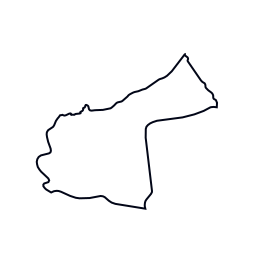 map outline of Sennar (Albers equal-area conic projection), rotated 295°
{"feature_id": "SDN-880", "entity_name": "Sennar", "entity_type": "Region", "adm_level": 1, "iso_a3": "SDN", "parent_name": "Sudan", "parent_adm1": "", "projection": "albers", "projection_center": [34.248, 12.985], "detail": "fine", "context": "isolated", "style": "outline", "palette": "ink", "viewbox_px": 256, "rotation_deg": 295, "n_neighbors": 0, "source": "natural_earth", "source_scale": "10m", "svg_char_len": 2327}
<svg xmlns="http://www.w3.org/2000/svg" viewBox="0 0 256 256"><g transform="rotate(295 128 128)"><path d="M190.6,194.1L190.5,195.3L190.4,195.9L188.5,198.0L184.3,199.7L183.3,196.7L182.0,194.5L181.5,193.9L175.5,189.4L168.4,182.4L160.7,173.0L146.8,151.2L143.8,148.0L141.5,146.1L139.1,144.8L137.0,144.2L134.7,144.5L126.7,148.1L81.0,176.4L79.9,176.8L78.0,176.7L70.9,174.9L69.2,174.7L67.7,174.9L66.4,175.3L65.1,175.8L64.0,176.4L62.2,177.8L53.9,148.6L53.5,144.7L54.0,141.3L55.5,136.1L55.5,134.1L54.8,131.9L48.3,122.8L43.8,113.8L42.7,110.2L42.0,104.3L41.9,94.2L41.6,91.8L41.0,90.1L40.1,88.6L39.4,87.6L37.1,85.6L37.7,79.9L38.3,78.1L39.4,76.0L40.9,75.2L42.3,75.5L45.3,78.7L47.2,78.7L48.6,77.1L51.7,67.7L52.9,65.3L54.5,62.8L56.6,61.0L58.8,59.6L61.4,59.0L64.0,59.3L66.4,60.7L71.6,67.1L73.1,68.0L74.7,67.8L76.6,66.6L81.7,61.5L85.6,58.4L87.8,57.0L89.4,56.4L90.3,56.3L91.1,56.4L92.1,56.5L92.9,56.9L97.0,59.4L97.7,59.7L99.5,59.9L104.0,59.7L107.0,60.2L108.3,60.6L110.9,61.1L111.3,61.9L112.0,62.8L112.2,63.0L112.2,63.3L112.3,64.6L112.4,65.1L112.8,65.7L113.4,66.4L116.1,68.6L116.7,69.4L116.9,69.8L116.9,70.1L116.8,70.3L116.6,70.4L116.2,70.5L116.0,70.8L116.0,71.2L116.7,72.2L117.0,73.0L117.2,73.6L117.6,74.0L118.2,74.2L118.6,74.6L120.7,78.1L121.3,78.7L121.6,78.7L122.0,78.1L122.4,78.1L123.0,78.5L124.2,79.4L124.9,79.6L125.7,79.6L126.8,79.0L127.1,79.0L127.5,79.2L128.0,79.9L128.7,80.1L129.3,80.1L130.0,79.9L130.6,79.9L131.0,80.0L131.3,80.5L131.3,80.9L131.3,81.6L131.2,82.2L130.9,82.8L130.5,83.2L130.0,83.6L129.4,84.0L128.5,84.8L128.2,85.4L128.0,86.0L128.1,86.7L128.2,87.3L128.5,87.9L130.2,90.6L133.8,97.6L138.5,103.9L139.9,104.7L142.6,105.9L145.0,106.7L145.7,107.0L146.4,107.4L147.1,108.1L148.8,110.3L149.2,110.8L149.7,111.2L150.6,111.7L156.5,114.3L157.2,114.4L158.3,114.8L159.7,115.7L162.3,117.7L163.4,118.8L165.7,121.8L168.9,124.8L170.8,127.1L171.5,127.7L184.8,135.4L185.8,136.2L187.5,138.1L189.3,139.7L191.8,141.3L197.9,143.7L218.7,148.3L218.8,148.4L218.0,148.8L217.8,149.0L217.8,149.3L217.4,151.0L217.3,151.7L217.1,152.3L216.4,153.0L215.9,153.3L214.7,153.4L214.1,153.6L213.6,154.2L201.9,174.1L201.2,175.9L201.0,177.7L200.9,178.5L200.3,179.4L199.6,180.0L198.3,180.7L197.6,181.2L197.2,181.9L196.1,184.8L195.4,188.3L194.9,189.8L193.7,191.3L191.3,192.6L190.8,193.2L190.6,193.8L190.6,194.1Z" fill="none" stroke="#020617" stroke-width="2"/></g></svg>